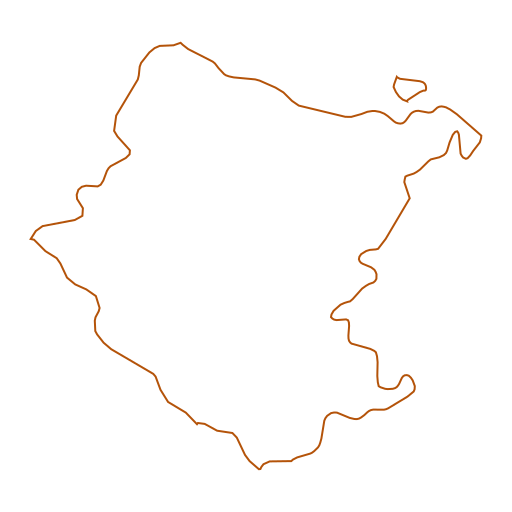 the border of Arezzo
{"feature_id": "ITA-5387", "entity_name": "Arezzo", "entity_type": "Province", "adm_level": 1, "iso_a3": "ITA", "parent_name": "Italy", "parent_adm1": "", "projection": "natural_earth1", "projection_center": [12.009, 43.52], "detail": "fine", "context": "isolated", "style": "outline", "palette": "amber", "viewbox_px": 512, "rotation_deg": 0, "n_neighbors": 0, "source": "natural_earth", "source_scale": "10m", "svg_char_len": 3260}
<svg xmlns="http://www.w3.org/2000/svg" viewBox="0 0 512 512"><path d="M197.0,424.2L185.8,412.6L168.1,402.0L160.5,389.8L155.6,376.6L153.3,373.9L111.2,349.2L103.6,342.7L97.1,334.4L95.3,331.1L94.8,320.7L95.5,317.3L98.7,311.3L99.6,308.0L95.9,296.1L86.3,289.4L75.2,284.4L67.0,277.6L60.4,263.5L56.7,258.2L45.5,251.2L34.0,239.7L30.7,239.0L35.8,231.0L42.6,226.1L74.8,220.0L82.4,215.8L82.9,208.2L77.1,199.0L76.7,194.8L78.4,189.7L81.8,186.8L86.1,185.7L97.7,186.4L100.7,184.7L103.3,180.6L106.9,171.0L108.6,168.2L110.6,166.2L125.8,158.0L129.6,154.3L129.9,150.3L117.5,136.5L114.1,130.9L116.2,115.6L137.8,79.5L138.8,75.4L139.7,66.7L141.1,62.9L149.4,52.4L154.6,48.1L159.7,45.9L173.5,45.3L180.6,42.8L182.7,44.8L188.2,49.1L212.7,61.6L214.9,63.4L218.6,68.2L224.1,74.1L225.9,75.3L229.1,76.4L233.7,77.4L255.2,79.4L259.6,80.6L275.5,87.6L283.4,92.4L292.0,100.9L298.8,105.6L345.3,116.8L351.2,116.9L361.5,114.0L367.3,111.8L372.3,111.0L375.0,111.0L379.9,111.9L384.3,113.7L387.8,116.1L393.9,121.3L395.8,122.6L398.0,123.3L400.4,123.6L402.6,123.2L404.3,122.1L405.7,120.7L410.5,114.1L411.9,112.8L413.8,111.7L415.9,111.0L418.4,110.8L428.4,112.6L430.8,112.4L432.8,111.7L437.3,107.6L439.3,106.7L441.6,106.4L444.0,106.8L446.2,107.4L447.6,108.2L450.0,109.4L456.8,114.2L481.3,135.6L481.1,138.3L479.8,142.4L473.2,150.9L470.2,155.4L467.6,158.2L465.9,158.8L463.1,157.5L461.7,155.7L460.6,153.6L458.9,134.7L458.2,132.7L457.2,131.3L455.2,131.9L452.8,134.8L449.6,142.4L447.2,150.5L446.0,153.0L443.8,155.1L439.3,157.3L430.8,159.4L428.3,161.4L420.0,169.6L416.6,172.0L413.7,173.6L407.2,175.7L405.4,176.6L404.7,179.5L404.3,182.1L409.7,198.3L385.7,238.9L378.1,248.8L375.8,249.4L369.8,249.9L366.2,251.0L361.2,254.1L359.4,256.7L358.9,259.2L359.6,261.1L360.9,262.7L362.7,263.8L371.1,267.3L374.4,269.8L375.6,271.8L376.5,274.2L376.4,278.8L375.2,280.9L373.4,282.5L369.1,284.0L366.0,285.8L362.1,288.6L352.7,299.1L350.0,301.4L347.8,301.9L344.3,303.0L340.5,304.7L333.6,310.8L331.5,314.4L331.0,317.1L332.3,318.5L334.1,319.6L336.5,320.1L346.1,319.4L348.1,320.3L348.9,322.5L349.1,326.0L348.4,335.5L348.5,338.5L349.0,340.7L350.1,342.4L351.5,343.6L370.3,348.9L374.3,350.9L375.9,352.3L377.0,356.2L377.6,362.2L377.3,376.0L377.8,382.2L378.7,386.2L380.6,387.3L385.1,388.8L387.6,389.1L392.8,388.8L395.1,388.1L396.7,387.1L398.0,385.6L399.1,383.9L401.8,378.0L403.1,376.3L404.7,375.3L406.8,375.1L408.8,375.7L410.9,377.7L412.7,380.4L414.8,386.1L414.6,389.3L413.7,391.5L407.5,396.6L388.0,408.4L386.1,409.2L383.9,409.7L373.2,409.6L370.9,410.1L369.0,411.0L367.4,412.2L364.3,415.1L360.9,417.6L359.0,418.6L356.9,419.1L354.4,419.0L349.7,417.9L336.9,412.6L334.1,412.5L331.1,413.1L327.2,415.8L325.4,418.2L324.3,420.7L321.4,438.5L320.3,442.5L319.3,445.3L318.0,447.4L314.1,451.2L311.9,452.8L310.2,453.6L297.2,457.4L292.9,459.6L291.3,461.1L269.7,461.4L263.5,464.2L261.4,466.9L260.4,469.0L258.9,469.2L249.6,461.1L245.0,454.9L236.8,437.6L232.4,433.0L217.1,430.7L204.7,423.9L197.9,423.0L197.0,424.2ZM396.8,76.9L397.1,77.3L400.0,78.8L419.8,81.2L422.9,82.2L424.2,83.2L424.8,83.8L425.2,84.5L425.6,85.3L425.9,86.2L426.1,88.1L426.0,89.2L425.8,90.0L425.4,90.4L424.9,90.6L423.4,90.6L419.8,92.1L408.0,99.8L406.9,101.0L407.0,101.3L402.7,99.6L399.0,96.4L395.9,92.0L393.6,87.0L394.1,84.4L396.8,76.9Z" fill="none" stroke="#b45309" stroke-width="2"/></svg>